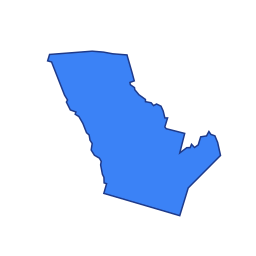 outline of Clinton, Pennsylvania, United States of America, rotated 197°
{"feature_id": "52423323B29093736959677", "entity_name": "Clinton", "entity_type": "district", "adm_level": 2, "iso_a3": "USA", "parent_name": "United States of America", "parent_adm1": "Pennsylvania", "projection": "albers", "projection_center": [-77.638, 41.221], "detail": "fine", "context": "isolated", "style": "filled", "palette": "blue", "viewbox_px": 256, "rotation_deg": 197, "n_neighbors": 0, "source": "geoboundaries", "source_scale": "gbopen_adm2", "svg_char_len": 916}
<svg xmlns="http://www.w3.org/2000/svg" viewBox="0 0 256 256"><g transform="rotate(197 128 128)"><path d="M52.9,59.3L52.9,88.3L31.5,128.8L38.0,140.3L42.6,145.9L46.9,146.1L49.6,148.3L50.6,143.4L55.9,140.8L55.9,132.4L58.7,128.8L62.5,131.0L62.8,127.4L66.0,126.4L71.2,119.3L72.2,139.4L91.3,138.5L93.1,139.8L93.1,149.2L95.7,148.4L99.3,154.5L102.8,158.5L107.7,159.3L110.1,156.9L113.3,158.9L119.0,158.3L119.7,160.4L127.3,163.0L132.7,166.6L133.6,168.5L138.4,170.1L139.5,172.1L135.8,174.9L140.1,181.8L149.2,195.8L150.3,197.6L164.3,194.5L173.7,193.4L184.7,191.0L224.5,175.4L224.5,168.7L220.4,168.8L198.3,140.9L194.0,137.1L194.5,134.8L188.4,128.4L182.5,128.1L182.5,125.7L178.3,124.6L172.5,119.2L166.3,111.4L163.1,109.9L160.8,105.3L157.7,102.7L156.8,96.2L152.1,92.1L146.5,90.8L143.8,88.2L143.4,84.7L138.9,76.2L136.6,73.8L134.8,68.5L132.2,68.5L132.0,58.4L52.9,59.3Z" fill="#3b82f6" stroke="#1e3a8a" stroke-width="1.5"/></g></svg>